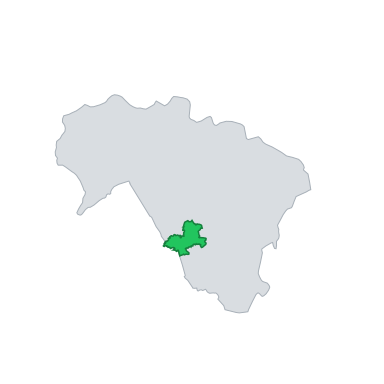 Boulgou, Boulgou, Burkina Faso shown in context, rotated 59°
{"feature_id": "67063806B79770817740465", "entity_name": "Boulgou", "entity_type": "district", "adm_level": 2, "iso_a3": "BFA", "parent_name": "Burkina Faso", "parent_adm1": "Boulgou", "projection": "natural_earth1", "projection_center": [-0.458, 11.461], "detail": "fine", "context": "in_parent", "style": "filled", "palette": "green", "viewbox_px": 384, "rotation_deg": 59, "n_neighbors": 0, "source": "geoboundaries", "source_scale": "gbopen_adm2", "svg_char_len": 8197}
<svg xmlns="http://www.w3.org/2000/svg" viewBox="0 0 384 384"><g transform="rotate(59 192 192)"><path d="M274.0,240.7L265.5,241.1L262.4,242.2L260.5,242.2L260.4,241.3L260.2,240.8L249.4,237.8L241.9,236.0L234.2,234.0L233.8,235.9L232.7,237.1L231.0,237.2L229.8,236.9L229.1,238.3L227.8,240.2L226.0,241.1L224.3,242.3L223.3,243.3L222.6,243.3L220.8,240.9L218.5,240.7L214.2,241.1L212.2,240.4L209.5,240.1L203.2,240.6L193.1,239.6L191.5,240.1L191.0,240.6L181.0,240.7L170.0,240.8L160.8,240.9L152.8,241.0L152.7,240.6L150.2,240.5L149.9,241.3L147.6,251.0L147.3,256.2L148.5,259.5L149.9,261.6L151.4,262.4L151.6,263.6L150.3,265.1L150.4,266.7L151.9,268.3L152.2,269.9L151.5,271.7L151.6,275.9L152.7,282.7L152.7,287.0L151.7,289.0L152.2,292.4L154.2,297.2L154.5,299.2L153.8,300.2L152.2,301.4L150.5,301.4L148.5,298.5L147.7,297.2L146.1,294.2L144.8,291.3L143.0,290.0L141.2,288.7L139.1,285.0L137.0,283.2L134.8,283.7L131.6,283.0L125.1,282.1L118.1,282.4L115.3,283.2L112.4,284.6L105.2,287.6L102.3,289.1L100.1,292.9L97.7,292.8L95.2,291.6L93.7,289.9L90.4,290.2L87.2,288.6L84.1,285.3L81.8,284.2L78.9,281.9L78.2,277.4L76.3,274.2L74.7,269.8L72.2,267.8L69.3,266.8L65.3,267.0L62.7,265.3L60.6,262.7L61.2,260.5L62.1,257.3L62.3,254.2L62.9,249.3L62.5,243.1L61.8,238.8L64.0,237.0L66.6,235.4L68.2,232.5L69.9,225.9L70.6,220.3L70.1,218.2L69.2,216.5L68.6,214.0L68.2,211.0L68.7,208.4L70.6,206.0L73.0,204.0L74.8,203.0L79.3,202.0L85.0,200.5L88.3,198.8L90.7,197.1L92.0,195.8L93.4,193.0L95.6,190.9L97.3,188.7L97.5,182.7L97.5,179.3L96.3,177.4L95.6,175.8L104.0,171.1L104.1,167.7L102.9,164.0L101.3,161.0L100.7,158.5L103.0,155.4L105.1,153.1L106.6,151.2L109.9,148.3L113.4,147.5L116.5,148.6L125.7,155.5L127.2,156.0L129.2,155.5L131.6,153.6L134.7,152.2L135.9,147.5L135.8,140.7L136.5,137.6L138.2,137.0L143.5,138.3L144.9,138.4L146.4,138.0L147.5,136.8L147.5,134.6L147.2,132.6L149.0,126.3L152.1,121.5L158.5,115.5L160.5,114.3L162.8,113.7L174.2,117.8L176.0,116.8L178.8,106.7L181.9,105.7L185.6,105.5L188.0,104.6L189.3,103.9L194.7,100.1L204.2,94.8L209.4,92.6L210.4,91.8L214.1,88.0L218.9,83.8L222.0,82.9L226.3,82.6L229.0,83.3L229.8,84.5L230.7,85.1L236.3,83.3L244.3,86.2L251.2,89.0L250.8,90.8L250.8,94.0L250.2,99.1L249.5,105.1L252.4,109.0L255.8,113.2L256.7,114.8L255.8,119.0L256.5,121.4L258.3,125.4L261.4,130.5L264.5,135.8L266.7,136.5L268.8,136.9L270.1,137.9L272.0,138.8L273.8,139.4L275.4,140.6L276.5,141.7L277.8,145.0L281.4,147.1L283.9,149.2L282.9,150.3L279.8,149.9L276.8,148.9L276.4,150.5L276.3,156.5L276.8,161.4L277.5,162.1L280.4,163.0L287.5,169.5L293.8,175.6L296.0,177.2L299.5,177.8L303.4,178.0L305.1,177.5L308.9,174.4L311.0,174.1L312.8,174.1L313.9,174.6L315.7,177.1L317.4,180.9L317.9,183.7L317.8,185.2L317.2,185.8L314.0,186.5L312.7,187.1L312.4,187.9L312.8,189.8L313.5,191.0L316.9,196.5L321.8,203.9L323.4,205.8L322.5,208.0L320.0,213.7L318.1,216.1L309.9,224.3L305.8,223.3L297.2,225.0L295.9,223.1L294.0,222.8L291.5,223.2L290.6,223.9L290.3,224.7L289.4,225.8L287.9,229.0L286.6,229.9L285.1,230.4L283.3,230.3L282.2,230.7L282.2,232.3L281.8,233.7L280.6,234.4L280.0,236.0L280.1,237.5L279.4,238.2L277.8,237.8L276.8,237.4L275.9,239.4L274.8,240.8L274.0,240.7Z" fill="#d9dde1" stroke="#a8b0b8" stroke-width="1"/><path d="M239.3,204.0L238.7,204.0L236.9,206.1L236.5,206.7L236.2,207.2L235.7,207.8L235.6,208.0L235.3,208.5L235.1,209.0L235.0,209.3L234.4,209.5L234.3,209.4L234.2,209.3L233.8,208.4L233.7,208.1L232.9,208.1L232.1,208.0L231.5,207.9L230.5,207.3L229.4,207.2L229.2,207.1L228.9,206.8L228.7,206.0L228.6,205.9L228.6,205.2L228.5,204.5L228.4,204.3L227.5,203.2L228.2,202.2L228.3,202.0L228.3,201.8L227.8,201.7L227.5,201.7L225.9,201.1L225.5,201.0L225.2,201.1L224.9,201.2L224.5,201.5L223.6,202.2L223.1,202.8L222.9,203.3L222.5,203.7L222.4,204.0L222.3,204.3L222.3,204.5L222.3,204.8L222.2,204.9L222.2,205.0L222.1,204.9L222.1,205.1L221.7,205.1L221.6,205.5L221.3,205.6L221.2,205.7L221.2,205.9L220.9,206.1L220.7,206.1L220.4,206.0L220.2,206.2L220.2,206.4L219.9,206.6L216.7,206.6L216.8,206.7L216.6,207.1L216.5,207.3L216.8,207.6L216.9,207.8L216.8,208.1L216.7,208.5L216.1,209.6L216.0,209.8L215.8,210.0L215.4,210.0L215.1,210.3L214.6,210.2L214.4,210.3L214.2,213.8L215.1,214.9L215.9,215.8L216.1,216.0L217.1,217.0L217.3,217.1L217.4,217.4L217.5,217.3L217.5,217.5L217.6,217.4L217.8,217.5L217.9,217.4L218.0,217.5L218.4,217.7L218.5,217.8L218.5,218.2L218.6,218.3L219.3,218.8L219.6,219.2L219.6,219.3L219.8,219.4L220.1,219.4L220.2,219.5L220.4,219.2L220.5,218.8L220.8,218.5L220.9,218.2L221.1,218.2L221.7,218.6L222.1,219.0L222.4,219.5L222.5,219.9L222.6,220.1L223.0,220.3L223.3,220.4L223.6,220.8L224.1,221.0L224.3,221.0L224.4,221.4L224.8,221.4L225.2,221.8L225.3,221.8L225.6,221.7L225.6,221.9L225.3,222.5L225.2,222.6L224.9,222.7L224.4,223.4L224.4,223.6L224.7,223.9L224.8,224.3L225.0,225.0L225.5,224.9L225.5,225.0L225.2,225.5L224.7,225.4L224.4,225.3L224.3,225.2L224.1,225.1L223.9,224.7L223.7,224.5L223.4,224.4L223.1,224.4L223.0,224.5L222.9,224.9L223.0,225.4L222.9,225.7L222.4,226.1L222.0,226.2L221.8,226.2L221.5,226.5L221.3,226.9L221.3,227.6L221.1,228.1L220.9,228.4L220.3,228.4L219.9,228.5L219.7,228.7L219.7,228.8L219.4,229.2L219.4,229.4L219.4,229.6L219.7,229.9L219.9,230.1L220.1,230.7L220.0,231.0L219.8,231.2L219.6,231.7L219.0,232.0L218.8,232.4L218.8,232.6L218.8,232.8L218.9,233.0L219.0,233.3L219.0,233.5L218.9,234.0L219.0,234.2L219.1,234.3L219.3,234.4L219.5,234.3L219.7,234.2L219.8,234.3L220.0,234.4L220.0,234.6L220.2,234.8L220.0,235.1L219.9,235.1L219.9,235.3L219.8,235.5L219.5,235.9L219.7,236.1L219.7,236.3L219.8,236.4L220.0,236.4L220.3,236.5L220.4,236.4L220.6,236.4L220.7,236.7L221.0,236.9L221.1,237.1L221.2,237.8L221.5,238.1L221.5,238.4L221.5,238.6L221.3,238.8L221.2,238.7L221.1,238.8L220.9,239.3L220.9,239.5L220.7,239.9L220.8,240.3L221.0,240.4L221.2,240.1L221.3,240.0L221.6,240.3L221.5,240.6L221.4,240.8L221.3,241.0L221.5,241.4L221.7,241.2L221.8,241.1L222.0,241.2L222.3,241.2L222.3,241.4L222.2,241.6L221.9,241.9L221.8,242.1L221.8,242.3L222.1,242.5L222.2,242.3L222.3,242.1L222.5,242.2L222.5,242.4L222.5,242.6L222.9,242.8L223.1,242.9L223.3,243.2L223.5,244.3L223.9,244.2L224.4,243.9L224.3,243.1L224.4,242.7L224.6,242.0L224.9,241.5L225.2,241.2L225.6,241.2L225.8,241.5L226.4,240.8L226.6,241.0L226.9,241.1L227.1,241.0L227.3,240.7L227.5,240.1L227.8,239.9L228.1,239.5L228.3,239.5L229.0,239.7L229.6,239.3L229.4,238.4L229.5,237.8L229.7,237.2L229.8,236.7L230.9,235.8L231.1,235.8L231.4,236.0L231.6,236.0L231.5,236.6L231.7,236.9L231.7,237.2L232.1,237.7L232.1,237.8L232.3,237.5L232.3,237.4L232.5,237.4L232.7,237.2L232.8,236.6L233.2,236.3L233.6,236.3L233.8,236.2L234.6,236.0L235.0,235.8L235.0,235.3L234.8,235.2L234.5,235.1L234.5,234.9L234.5,234.6L234.8,234.5L234.8,233.9L235.1,233.8L239.8,235.2L240.5,235.4L240.6,235.0L240.5,234.3L240.8,233.6L240.9,232.7L241.1,231.9L240.9,231.5L240.9,231.3L241.1,231.2L241.6,231.0L241.9,230.9L242.1,230.2L242.1,229.6L242.2,229.2L242.3,228.9L243.0,228.2L243.2,227.8L243.4,227.5L243.6,227.1L243.6,226.8L243.6,226.6L243.0,226.3L242.8,226.1L242.7,226.0L241.2,226.4L240.5,226.7L240.1,227.0L239.7,227.0L238.9,227.0L238.3,226.7L237.6,226.9L237.3,226.9L237.2,226.8L237.1,226.7L237.1,226.3L237.1,225.9L237.3,225.5L237.3,225.2L237.5,225.2L237.6,224.9L238.0,224.5L238.1,224.3L238.1,224.2L237.9,223.9L237.6,223.7L237.5,222.9L237.9,222.5L238.0,222.2L237.9,221.9L238.0,221.8L237.9,221.7L237.8,221.4L237.9,221.1L238.1,221.0L238.2,220.9L238.3,220.9L238.2,220.8L237.8,220.4L237.8,220.2L238.0,220.1L238.3,220.0L238.3,219.9L238.4,219.5L238.5,219.4L238.7,219.1L238.4,218.7L237.8,218.4L237.8,218.2L237.7,218.1L237.6,217.9L237.6,217.7L237.8,217.2L238.2,217.0L238.3,216.9L238.2,216.9L238.2,216.7L238.4,216.7L238.6,216.4L238.7,216.2L238.8,216.1L238.6,215.9L238.6,215.7L238.7,215.8L238.8,215.6L238.8,215.2L239.1,215.1L239.3,214.9L239.5,214.7L239.5,214.3L239.7,214.1L239.7,213.8L240.0,213.5L240.0,213.3L240.1,213.1L240.1,212.9L240.3,212.8L240.4,212.6L240.6,212.8L240.7,212.7L240.9,212.6L241.0,212.4L241.2,212.2L241.4,212.0L241.4,211.9L241.6,211.7L241.9,211.9L242.1,212.2L242.8,212.5L244.0,212.4L244.0,212.5L244.4,212.5L244.7,211.5L244.6,210.7L244.2,208.5L244.1,207.4L243.8,207.0L243.5,206.6L243.2,206.4L242.9,206.3L242.6,206.3L241.5,206.7L240.6,206.4L240.5,206.2L240.4,205.5L240.5,205.2L240.4,205.0L240.1,204.6L239.5,204.5L239.4,204.4L239.3,204.0Z" fill="#22c55e" stroke="#15803d" stroke-width="1.5"/></g></svg>